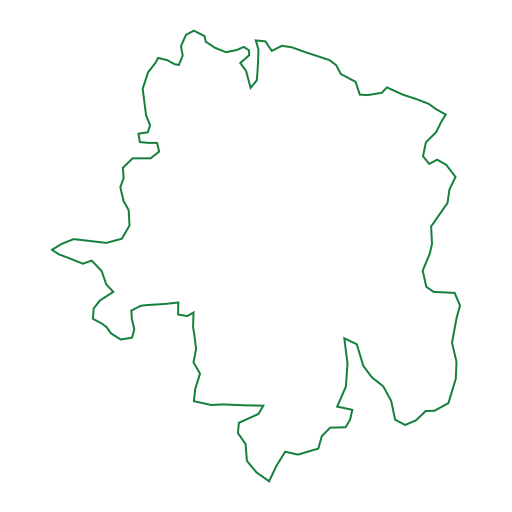 outline of Filousa Chrysochous, Paphos, Cyprus
{"feature_id": "46923920B66309151890568", "entity_name": "Filousa Chrysochous", "entity_type": "district", "adm_level": 2, "iso_a3": "CYP", "parent_name": "Cyprus", "parent_adm1": "Paphos", "projection": "robinson", "projection_center": [32.502, 34.967], "detail": "fine", "context": "isolated", "style": "outline", "palette": "green", "viewbox_px": 512, "rotation_deg": 0, "n_neighbors": 0, "source": "geoboundaries", "source_scale": "gbopen_adm2", "svg_char_len": 2028}
<svg xmlns="http://www.w3.org/2000/svg" viewBox="0 0 512 512"><path d="M158.0,58.0L155.7,62.5L148.1,72.3L142.7,88.7L144.1,99.9L146.1,115.3L150.1,125.3L147.8,132.3L138.5,133.7L139.9,142.1L148.7,142.9L157.1,142.9L159.1,151.6L150.6,158.3L132.6,158.3L122.9,167.8L123.6,178.1L120.3,187.2L123.6,201.1L128.7,210.2L129.5,225.5L121.9,238.7L106.3,242.9L90.9,241.1L73.7,239.1L61.4,244.0L52.1,249.7L52.0,249.8L58.8,254.3L69.7,258.4L82.8,263.7L91.7,260.6L101.6,271.0L106.3,284.4L113.3,291.9L100.1,300.3L93.7,308.4L92.9,318.8L102.0,323.7L106.7,327.3L111.0,333.4L120.7,339.5L132.0,337.7L134.3,329.2L131.8,318.8L131.4,310.5L140.7,305.8L145.4,305.2L165.5,303.9L178.3,302.5L178.1,314.5L187.3,316.1L193.5,312.5L193.1,327.5L194.3,334.6L196.1,349.1L193.5,362.4L200.0,373.6L195.2,389.1L193.9,401.2L207.6,404.2L211.2,405.0L223.1,404.4L244.3,405.3L263.3,405.7L258.5,413.9L238.9,422.8L237.9,433.0L245.6,444.1L246.9,460.9L256.5,472.4L269.1,481.3L276.5,465.7L285.2,451.7L298.0,454.6L318.3,448.6L321.8,436.2L330.2,427.6L345.6,427.3L350.1,419.6L352.3,409.8L337.2,406.6L345.9,386.6L347.5,363.7L344.3,338.3L356.8,344.3L363.3,365.9L371.9,377.4L383.2,386.3L391.2,400.9L395.1,419.6L405.1,425.0L416.0,420.3L425.6,411.1L434.6,410.7L438.8,408.4L448.4,403.1L455.8,378.6L456.5,361.8L452.6,345.3L452.0,342.7L456.5,318.3L460.0,305.6L454.6,292.9L433.7,291.9L426.3,286.8L422.7,270.6L429.8,253.5L432.0,243.9L431.1,226.5L440.4,213.1L447.5,203.0L449.4,189.6L455.5,176.9L446.2,164.8L437.2,159.7L429.2,163.9L423.0,156.3L425.9,142.3L436.2,132.1L441.0,122.3L445.7,114.6L436.1,109.2L428.6,103.8L416.7,99.2L402.7,94.6L386.9,87.4L381.8,92.8L367.8,95.1L359.8,94.6L355.6,81.8L340.9,74.1L336.2,65.2L329.5,60.1L306.0,52.4L291.8,47.3L281.9,45.8L271.8,50.9L265.4,41.4L255.8,40.4L258.4,49.3L258.1,61.1L257.6,70.0L256.8,80.3L250.6,87.9L246.1,71.0L240.3,63.0L249.1,55.3L249.1,50.4L243.8,46.9L236.8,50.0L226.0,52.2L214.8,47.7L205.8,41.7L204.5,36.1L193.8,30.7L186.0,34.8L181.0,46.1L182.7,55.6L178.9,64.9L174.9,64.3L166.9,60.0L158.0,58.0Z" fill="none" stroke="#15803d" stroke-width="2"/></svg>